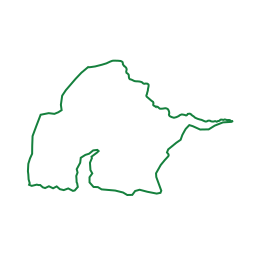 outline of Faro, Nord, Cameroon, rotated 83°
{"feature_id": "32672807B99512491314233", "entity_name": "Faro", "entity_type": "district", "adm_level": 2, "iso_a3": "CMR", "parent_name": "Cameroon", "parent_adm1": "Nord", "projection": "natural_earth1", "projection_center": [12.816, 8.422], "detail": "fine", "context": "isolated", "style": "outline", "palette": "green", "viewbox_px": 256, "rotation_deg": 83, "n_neighbors": 0, "source": "geoboundaries", "source_scale": "gbopen_adm2", "svg_char_len": 2803}
<svg xmlns="http://www.w3.org/2000/svg" viewBox="0 0 256 256"><g transform="rotate(83 128 128)"><path d="M172.3,233.1L173.7,230.6L173.1,225.4L173.7,223.9L173.9,222.1L176.5,219.8L177.5,217.6L176.2,213.6L178.7,209.7L177.3,205.9L180.4,203.1L181.8,199.3L180.7,194.7L183.7,190.3L183.5,188.5L180.4,185.0L176.7,185.2L175.5,185.6L173.3,185.4L169.3,185.2L166.1,183.5L162.6,183.9L156.7,179.7L151.8,178.5L149.5,173.6L148.8,169.8L146.0,165.3L146.0,161.1L147.3,160.0L148.6,161.7L152.0,167.7L153.5,167.5L157.9,170.0L165.2,170.4L168.7,169.0L172.2,172.2L177.3,172.8L182.3,169.4L183.0,165.1L185.7,161.7L188.5,148.4L191.4,140.8L194.4,136.9L194.9,131.9L191.4,128.6L190.7,124.0L192.4,119.7L193.6,116.7L196.6,107.5L196.3,103.7L194.3,102.6L180.1,105.9L176.4,105.7L168.7,100.0L164.4,95.5L160.9,91.4L160.1,91.0L159.1,91.0L157.0,92.3L154.1,90.7L148.5,81.8L146.1,77.2L141.5,74.9L137.6,72.1L135.9,70.8L132.6,66.8L133.8,64.1L134.2,63.3L138.3,56.6L139.2,48.1L136.2,41.6L134.0,33.1L134.5,24.6L133.9,22.9L133.8,24.7L132.5,26.1L132.3,27.4L132.2,27.9L132.3,28.2L132.2,28.8L131.5,30.3L131.3,31.1L131.6,32.2L131.1,33.9L131.0,35.1L131.2,35.5L131.8,36.0L132.1,37.0L132.0,37.7L132.4,38.5L132.5,39.4L132.0,40.1L131.8,40.8L132.0,42.1L131.9,43.4L131.5,44.7L130.7,45.9L130.5,47.6L130.9,48.6L131.1,49.4L131.0,50.3L130.6,51.2L128.9,54.0L128.4,55.4L127.8,56.8L127.4,57.7L126.0,60.1L124.6,61.3L122.8,63.4L122.3,63.5L121.3,64.9L121.3,66.9L122.2,67.8L122.5,68.2L122.6,68.9L122.0,70.0L121.3,72.1L121.1,73.1L121.3,74.0L121.7,75.3L122.3,76.1L123.1,78.6L123.4,80.8L123.4,81.2L122.5,83.3L121.4,85.0L120.6,85.6L119.4,85.7L118.9,85.4L117.6,85.2L116.5,85.3L115.7,85.5L115.2,85.7L114.6,85.9L113.9,86.4L113.2,87.6L112.9,88.6L113.0,91.0L112.9,93.0L112.6,94.2L110.9,95.7L110.5,96.3L109.9,98.3L110.0,98.3L109.4,99.0L109.1,99.5L108.5,100.1L107.7,100.1L106.4,99.7L105.2,99.9L103.6,101.6L100.5,104.4L99.2,105.6L98.7,105.8L97.8,105.8L96.7,105.1L95.7,104.8L93.1,103.7L92.0,103.5L89.1,102.5L87.8,102.3L87.3,102.4L86.6,103.1L86.2,103.8L86.2,104.3L86.0,105.2L86.1,106.5L85.7,107.3L85.2,107.9L84.9,108.0L84.2,108.7L83.7,109.7L83.2,111.2L82.8,113.1L82.6,114.5L82.2,115.9L80.4,118.7L79.8,120.2L79.1,120.7L78.2,120.9L76.7,120.9L75.5,120.8L74.9,121.0L73.9,121.8L73.3,122.5L73.0,122.8L71.8,122.9L69.7,122.2L68.6,122.3L67.7,122.7L66.0,124.1L66.0,124.3L65.3,124.7L64.2,125.3L63.2,125.2L61.9,125.4L61.3,126.0L60.6,127.1L60.0,129.9L59.4,134.0L59.4,135.4L59.6,136.3L59.9,137.5L60.7,140.0L61.2,141.5L62.0,146.1L62.9,153.1L63.0,157.9L62.9,160.0L62.7,160.2L67.5,167.6L72.8,174.0L82.0,184.1L82.9,185.1L87.9,189.4L96.8,191.8L102.2,191.7L103.9,195.3L105.0,199.3L103.6,204.9L104.2,213.1L115.5,219.1L116.1,219.4L124.4,223.7L133.8,225.2L141.9,226.3L146.3,229.0L151.4,231.3L158.7,232.6L161.9,232.6L166.9,232.9L170.8,232.3L172.3,233.1Z" fill="none" stroke="#15803d" stroke-width="2"/></g></svg>